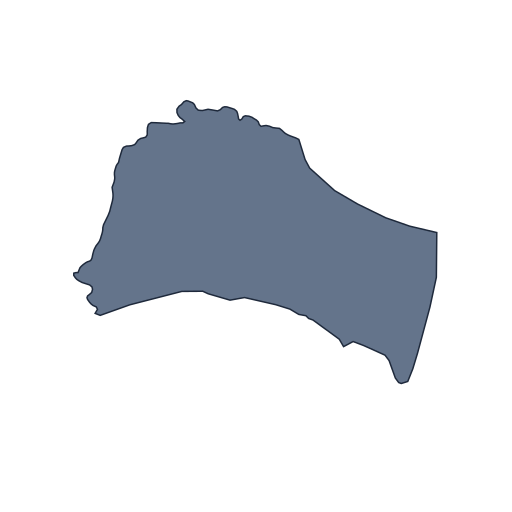 San Pedro La Laguna, Sololá, Guatemala, rotated 250°
{"feature_id": "79465075B50823159206102", "entity_name": "San Pedro La Laguna", "entity_type": "district", "adm_level": 2, "iso_a3": "GTM", "parent_name": "Guatemala", "parent_adm1": "Sololá", "projection": "mercator", "projection_center": [-91.261, 14.648], "detail": "fine", "context": "isolated", "style": "filled", "palette": "slate", "viewbox_px": 512, "rotation_deg": 250, "n_neighbors": 0, "source": "geoboundaries", "source_scale": "gbopen_adm2", "svg_char_len": 2450}
<svg xmlns="http://www.w3.org/2000/svg" viewBox="0 0 512 512"><g transform="rotate(250 256 256)"><path d="M216.2,433.9L231.5,410.6L247.5,391.0L270.0,369.3L290.5,352.3L320.2,336.5L329.9,335.1L348.2,336.0L350.9,336.1L353.5,333.6L354.9,331.9L357.1,329.3L358.8,327.5L361.1,325.5L363.0,324.4L365.1,323.4L367.9,321.7L369.3,318.8L370.9,315.7L373.3,313.1L375.2,310.1L375.8,307.3L376.1,305.1L378.3,304.0L381.3,304.0L383.6,302.9L385.9,301.0L387.7,299.7L389.8,297.2L391.4,293.9L391.3,291.7L389.6,289.6L389.0,287.4L390.8,286.5L392.8,286.9L396.2,287.4L398.5,287.4L401.2,285.9L402.7,284.1L404.9,281.2L406.1,279.6L407.0,277.4L407.0,275.3L405.7,272.5L405.5,269.5L407.9,265.4L410.3,261.1L410.6,258.6L411.0,255.5L411.8,253.6L412.8,251.6L415.7,250.2L419.5,249.9L421.6,248.9L424.9,245.2L425.8,243.6L425.6,241.0L423.8,237.7L423.1,235.0L421.0,231.9L417.8,230.8L414.7,231.0L412.1,231.9L410.0,233.3L406.8,235.0L406.1,232.8L407.0,230.4L407.3,228.1L407.7,226.1L408.4,223.2L409.4,221.1L410.7,219.0L411.5,216.9L415.6,207.2L417.2,203.2L416.5,200.0L415.0,198.8L413.6,197.8L411.9,197.1L410.1,196.3L408.5,195.8L406.9,195.1L405.4,193.0L405.6,190.2L405.9,187.8L405.2,184.7L403.2,181.9L402.2,180.1L402.2,177.0L402.8,174.4L403.6,171.8L403.4,168.6L401.8,166.6L400.1,165.3L398.1,163.8L394.6,161.2L392.4,159.8L390.9,158.8L389.6,156.8L388.4,155.4L386.7,154.1L384.5,152.5L383.0,151.6L380.9,150.8L378.4,150.2L376.8,149.6L374.1,148.0L372.1,146.3L369.8,144.3L368.0,143.9L363.8,143.0L361.6,142.3L359.3,141.3L356.7,139.8L354.0,137.9L351.4,136.1L348.1,133.9L344.7,130.9L337.6,123.5L335.1,121.8L332.9,120.9L331.1,119.9L329.5,118.8L327.7,117.4L325.6,115.9L323.5,114.0L321.9,111.8L320.3,109.2L318.0,106.7L316.7,105.5L315.0,104.3L313.6,103.3L311.8,102.2L310.2,101.2L308.6,99.6L308.1,97.9L308.2,95.6L307.9,93.7L307.1,90.8L306.1,88.3L305.2,86.6L303.0,84.6L301.3,83.1L302.0,81.1L302.2,78.9L300.1,78.1L297.3,78.8L295.4,79.6L293.4,81.0L290.6,83.5L285.7,89.8L283.0,91.3L280.6,91.0L277.9,89.1L276.7,86.0L276.1,84.1L274.6,82.9L272.7,82.9L269.4,83.8L267.2,84.7L265.2,86.0L262.8,88.5L260.1,88.8L258.7,87.1L257.1,85.2L253.5,89.3L253.3,120.7L248.1,174.2L241.1,193.9L236.9,198.1L223.4,216.5L220.9,231.0L203.5,257.9L194.5,269.7L186.5,276.2L182.8,282.5L179.3,284.1L176.4,287.6L149.3,305.8L140.9,307.3L142.4,318.0L135.2,326.4L118.7,343.3L112.2,345.3L93.7,345.2L88.3,346.8L86.5,348.9L86.2,355.7L96.4,364.8L109.5,374.6L148.4,401.9L174.3,418.2L216.2,433.9Z" fill="#64748b" stroke="#1e293b" stroke-width="1.5"/></g></svg>